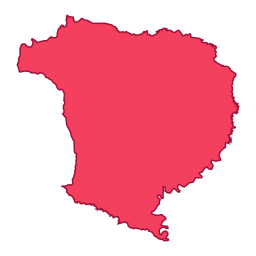 Blora, Jawa Tengah, Indonesia
{"feature_id": "22746128B85780086903212", "entity_name": "Blora", "entity_type": "district", "adm_level": 2, "iso_a3": "IDN", "parent_name": "Indonesia", "parent_adm1": "Jawa Tengah", "projection": "albers", "projection_center": [111.399, -7.111], "detail": "fine", "context": "isolated", "style": "filled", "palette": "rose", "viewbox_px": 256, "rotation_deg": 0, "n_neighbors": 0, "source": "geoboundaries", "source_scale": "gbopen_adm2", "svg_char_len": 5767}
<svg xmlns="http://www.w3.org/2000/svg" viewBox="0 0 256 256"><path d="M84.4,20.0L82.6,18.6L81.3,18.6L79.8,20.5L75.8,22.4L74.7,22.0L74.5,21.0L73.7,20.6L73.3,17.2L69.2,16.8L67.4,15.4L66.5,16.2L67.1,17.2L66.5,17.7L67.0,19.1L66.2,19.6L66.9,22.8L66.1,26.2L63.9,26.9L63.2,25.7L61.9,25.2L61.6,26.1L60.3,26.4L60.5,27.6L58.9,28.6L58.2,29.8L57.2,33.7L57.4,35.8L56.1,37.6L52.7,37.7L51.3,36.9L51.3,37.8L49.8,37.7L47.0,40.6L43.9,40.8L36.7,42.6L35.7,40.8L32.2,38.8L31.6,39.8L32.9,41.7L33.1,42.9L32.3,45.3L30.6,47.2L28.3,47.0L26.1,45.5L25.1,44.1L23.1,43.9L21.5,44.7L20.1,48.4L20.1,55.5L19.0,57.5L19.2,58.7L18.5,59.4L18.7,61.2L17.3,64.8L18.7,68.2L19.3,71.6L20.3,72.0L24.4,71.0L28.8,71.3L31.5,72.9L34.5,72.7L37.7,74.0L40.4,72.7L43.3,73.7L44.8,74.8L45.7,77.2L48.3,78.0L49.6,79.4L51.4,79.8L53.4,82.8L55.5,83.8L57.6,88.6L59.7,90.0L61.1,89.3L62.4,89.8L64.5,93.8L64.0,99.3L64.4,100.0L63.9,100.6L64.8,102.3L64.4,104.5L63.5,105.2L63.3,108.2L64.2,110.8L63.5,113.4L62.7,113.8L64.6,116.5L65.8,117.3L66.8,125.1L70.4,132.0L71.6,136.9L72.4,137.8L72.9,139.7L74.0,140.0L74.4,151.6L75.1,153.1L76.3,153.4L76.7,154.1L76.0,156.6L76.6,158.3L76.0,160.6L76.3,163.0L75.2,167.0L75.6,169.4L74.8,170.3L75.0,172.0L73.6,177.6L72.4,179.3L72.9,183.6L71.4,184.9L68.4,184.9L65.1,186.1L62.1,186.2L62.0,186.3L64.5,186.9L64.3,187.5L66.1,188.6L67.0,190.4L66.6,191.1L66.9,192.5L68.5,193.8L69.3,195.4L69.9,195.0L71.9,196.1L73.8,198.4L73.6,199.0L74.5,199.7L74.4,201.2L75.6,202.6L77.3,202.9L77.4,201.9L78.6,202.0L79.8,202.1L80.2,203.5L81.6,203.7L84.0,203.3L85.2,203.5L85.7,204.3L88.8,204.4L90.4,203.6L91.1,204.8L91.5,204.0L93.4,204.1L94.2,204.6L93.6,205.0L94.3,205.1L94.4,206.0L95.3,206.0L96.2,206.8L96.5,208.1L97.1,208.4L96.5,208.8L97.4,208.8L97.4,209.5L97.9,208.8L99.4,209.6L100.6,208.6L100.9,208.9L100.6,209.5L101.0,209.9L101.3,209.5L101.3,210.1L101.9,208.9L102.9,209.7L102.9,210.9L103.5,211.4L103.8,210.9L105.3,211.3L105.2,210.8L105.7,210.8L107.3,212.7L108.6,212.7L108.4,213.8L109.1,213.9L110.0,215.3L110.5,215.3L110.3,215.9L111.9,215.2L112.5,216.2L113.2,216.2L113.3,217.7L116.2,216.6L118.1,216.9L118.1,217.7L119.1,218.5L118.9,220.4L118.4,220.7L119.6,221.8L118.6,222.4L118.2,223.8L124.9,221.8L127.7,223.6L128.2,226.1L130.4,227.6L134.0,228.6L135.6,227.8L137.9,228.7L139.3,228.5L141.6,229.8L143.0,229.1L145.2,229.9L146.6,229.1L148.3,229.6L148.8,231.1L150.0,231.1L152.6,232.7L154.7,236.2L156.7,237.0L158.2,238.5L161.4,239.5L162.8,239.1L163.7,240.6L167.9,240.6L168.6,239.9L168.4,239.2L165.4,238.2L167.8,234.9L167.8,233.1L166.8,231.6L164.9,231.0L162.6,232.3L161.3,234.7L160.5,234.8L159.9,234.4L159.2,230.8L159.7,229.1L162.5,227.2L164.1,227.2L166.5,228.6L167.9,228.3L167.9,227.2L166.9,226.2L162.9,226.0L161.0,224.7L162.6,221.5L165.7,219.2L165.7,217.8L161.5,214.5L158.9,215.3L155.8,215.2L152.5,214.2L151.5,213.2L151.9,211.8L154.2,210.7L156.4,207.9L157.4,205.8L159.3,204.0L159.3,201.8L160.2,199.6L158.0,197.6L157.6,195.9L158.2,195.1L159.4,194.9L160.4,195.9L161.5,198.4L163.0,198.1L163.3,186.6L165.3,187.4L164.9,190.9L166.9,192.5L169.2,193.1L170.7,192.7L172.7,189.2L174.1,188.3L178.1,192.0L179.5,192.0L179.9,190.9L178.1,189.1L177.6,187.9L177.8,185.9L178.6,184.5L179.7,184.6L183.1,186.7L184.5,186.8L189.4,182.8L193.2,182.0L195.6,177.8L201.6,177.7L202.0,176.5L199.3,173.9L199.3,172.9L202.1,172.0L204.5,168.4L207.0,166.9L208.6,168.8L211.6,169.4L213.0,165.7L212.6,164.4L210.8,162.1L211.7,160.6L212.5,160.2L215.8,161.2L220.7,160.0L219.1,155.7L219.7,153.0L221.6,150.1L225.5,147.1L225.4,142.9L226.6,142.6L229.0,143.5L228.5,142.0L229.5,141.5L230.5,142.0L229.8,140.4L231.0,140.9L231.2,139.9L230.2,139.8L230.7,138.7L229.3,139.4L229.9,137.3L229.1,136.9L228.6,135.3L229.3,135.7L229.2,134.9L230.9,134.4L230.9,132.7L231.7,133.2L231.5,132.2L232.2,131.8L231.8,131.4L232.5,130.7L231.9,130.6L232.0,129.8L231.3,129.8L231.7,128.1L234.6,128.0L235.3,127.2L233.6,126.5L232.9,125.5L232.9,124.3L232.3,124.1L231.9,123.1L233.1,122.5L232.3,121.9L232.0,120.2L232.4,119.6L231.6,119.1L232.0,118.5L231.5,118.1L232.1,117.2L231.4,116.8L231.3,116.0L232.9,116.0L232.1,114.4L234.1,112.2L235.0,112.5L235.2,113.1L236.2,112.4L236.5,113.1L237.0,112.0L238.0,113.1L236.9,111.2L237.4,110.9L237.0,110.3L238.1,109.5L237.8,108.7L238.4,108.0L237.9,107.4L238.7,106.3L237.2,105.8L236.6,106.1L236.9,105.2L236.6,104.8L237.7,104.6L237.7,103.9L237.0,104.3L236.8,103.5L235.2,103.7L235.5,102.5L233.7,102.3L233.4,101.0L234.3,100.9L233.4,99.3L233.9,98.0L233.0,98.3L233.0,96.9L232.0,96.9L231.7,95.8L232.8,94.7L231.7,91.4L232.3,90.8L232.5,88.2L231.6,85.5L232.6,84.0L232.4,81.9L233.3,80.1L233.5,78.1L235.4,76.3L235.2,75.2L235.7,75.0L235.9,75.6L235.6,73.7L230.6,70.3L230.1,68.8L228.2,66.9L226.4,66.3L223.7,66.4L223.4,65.7L221.9,65.4L222.1,66.0L221.7,66.0L220.4,64.6L217.5,63.3L214.3,60.6L213.4,58.2L214.2,57.5L215.2,57.6L216.3,56.1L215.5,54.4L216.1,51.7L214.9,50.5L214.7,49.5L214.8,48.6L216.0,48.5L216.3,47.7L215.7,46.0L214.8,46.0L212.6,44.6L212.9,46.5L211.6,45.5L210.8,43.9L209.6,43.5L209.2,44.1L207.3,44.4L207.3,43.3L206.3,42.5L204.3,42.9L202.4,42.3L201.5,41.6L202.9,40.1L202.1,39.6L200.9,40.0L200.1,38.5L191.6,37.4L190.8,36.8L190.8,35.0L189.9,33.8L187.8,34.9L185.9,34.4L184.6,35.4L182.8,35.7L182.1,35.5L181.6,33.6L178.7,30.3L176.1,31.3L175.3,32.4L173.9,32.6L171.0,30.6L169.3,30.2L167.0,30.8L166.6,30.5L167.0,29.3L166.1,29.4L166.4,28.9L164.5,28.2L161.4,29.6L161.6,29.9L159.8,29.7L159.0,30.9L158.3,30.9L158.9,31.7L158.1,32.6L157.2,31.6L156.7,31.7L157.2,32.4L156.2,34.1L152.3,35.8L150.5,35.6L149.9,34.7L147.2,34.0L147.5,31.6L146.9,30.8L145.0,32.3L144.5,31.7L143.7,31.8L143.7,32.8L142.4,33.1L141.4,34.5L140.7,34.3L137.1,35.2L135.1,35.0L134.8,34.4L133.5,34.1L132.0,34.7L126.2,31.7L124.5,32.5L123.1,31.8L119.4,32.3L118.6,31.0L116.6,30.1L117.1,28.8L115.5,27.8L115.4,26.9L113.5,26.3L111.9,25.0L104.9,23.3L92.7,23.4L87.6,20.5L84.4,20.0Z" fill="#f43f5e" stroke="#9f1239" stroke-width="1.5"/></svg>